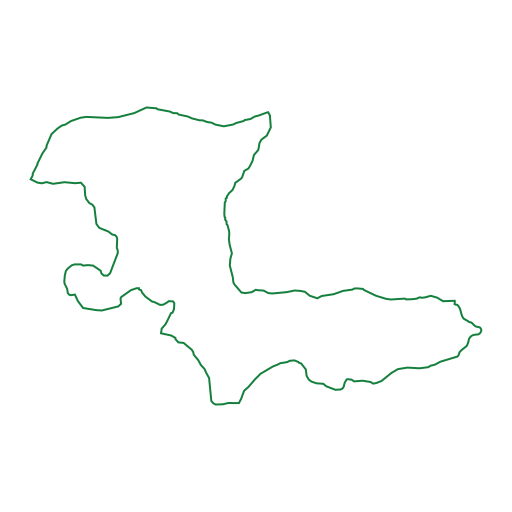 Jocotán, Chiquimula, Guatemala (orthographic projection)
{"feature_id": "79465075B84991525520377", "entity_name": "Jocotán", "entity_type": "district", "adm_level": 2, "iso_a3": "GTM", "parent_name": "Guatemala", "parent_adm1": "Chiquimula", "projection": "orthographic", "projection_center": [-89.353, 14.814], "detail": "fine", "context": "isolated", "style": "outline", "palette": "green", "viewbox_px": 512, "rotation_deg": 0, "n_neighbors": 0, "source": "geoboundaries", "source_scale": "gbopen_adm2", "svg_char_len": 3928}
<svg xmlns="http://www.w3.org/2000/svg" viewBox="0 0 512 512"><path d="M268.1,112.2L266.7,112.6L259.1,115.4L254.6,116.6L250.5,119.0L244.6,120.1L243.7,121.0L236.2,123.0L233.2,124.5L223.9,126.3L215.4,124.6L211.7,122.7L207.0,122.0L202.6,120.3L199.5,120.3L192.0,118.4L187.8,116.5L178.9,114.6L177.1,113.2L173.2,113.1L170.1,111.6L157.3,109.2L156.4,108.3L146.5,107.5L134.2,113.1L118.3,117.1L107.9,117.9L86.3,116.9L80.7,117.7L71.1,121.0L65.3,124.6L61.9,125.5L57.4,128.6L51.6,134.0L46.5,145.8L46.5,147.5L42.5,153.3L37.4,163.6L37.5,164.4L32.7,173.7L32.7,175.5L31.5,177.7L30.7,179.3L37.5,182.6L41.8,183.3L46.5,182.1L53.0,183.8L64.6,182.2L75.0,183.2L80.9,182.7L84.6,186.8L85.2,195.5L86.3,199.1L89.4,203.1L92.4,204.7L94.4,207.4L96.4,223.9L97.3,225.2L99.3,227.9L108.5,231.6L112.2,234.5L115.1,235.2L116.6,236.8L117.2,238.9L116.8,248.0L117.7,250.0L117.8,253.0L110.1,273.2L107.6,275.6L103.7,275.5L101.5,273.5L100.6,270.7L93.1,265.6L87.9,265.1L83.2,265.6L81.0,264.4L74.5,264.4L71.6,265.4L67.6,268.7L65.9,271.0L64.8,275.5L64.3,281.6L64.6,283.7L67.1,288.7L67.8,293.0L69.2,294.7L70.8,295.2L74.9,294.6L77.9,301.1L83.1,308.0L96.1,310.1L101.8,310.5L118.3,306.4L121.1,303.8L120.5,298.6L121.3,297.0L131.0,290.1L136.7,288.2L138.9,288.2L139.1,289.5L141.0,290.1L142.2,292.7L145.4,296.6L152.3,301.7L154.0,301.9L160.1,304.9L163.1,304.7L166.1,303.1L169.0,301.1L173.2,301.5L174.3,303.3L174.0,309.1L172.6,312.6L171.0,313.2L166.8,321.9L165.4,324.4L161.7,328.6L161.0,333.3L171.2,335.5L175.4,337.9L175.5,339.2L178.4,342.4L183.6,342.9L191.8,349.8L193.2,352.0L193.8,354.8L198.3,360.2L200.8,364.9L204.6,369.1L206.3,373.0L209.1,378.0L211.3,400.9L213.3,403.3L215.6,404.5L222.9,404.3L228.2,403.0L238.9,403.1L241.1,398.9L244.1,390.8L248.4,387.0L255.1,379.2L258.7,375.7L260.3,373.9L272.9,366.5L277.6,364.6L280.3,363.2L287.2,362.1L289.7,360.8L294.4,360.4L298.4,362.0L298.9,362.7L301.2,363.5L305.8,369.4L306.6,375.8L308.8,379.6L309.7,380.3L311.5,381.6L316.4,383.3L323.3,383.8L326.3,386.3L335.4,389.8L340.6,389.5L342.5,388.5L343.7,386.7L344.7,382.7L346.7,379.4L347.5,379.2L351.4,379.6L354.2,381.4L362.4,380.7L370.6,382.0L373.1,383.6L376.1,383.1L381.5,381.0L391.5,372.9L398.0,369.1L407.5,367.6L419.6,368.3L428.2,367.2L430.8,365.6L434.6,364.8L440.4,361.7L457.6,356.5L458.4,355.4L458.7,354.7L459.0,353.9L459.5,352.5L460.2,351.4L461.3,350.4L461.9,349.8L463.5,348.5L465.8,346.7L466.7,346.0L467.4,344.5L468.1,342.7L468.6,340.9L469.0,338.9L469.9,337.5L471.0,336.4L472.0,335.6L472.9,335.2L473.8,334.9L475.4,334.7L476.3,334.5L477.2,334.5L478.2,334.4L479.3,333.8L480.1,333.1L480.6,332.3L481.1,331.3L481.3,330.4L481.2,329.6L480.8,328.5L479.9,327.5L478.4,327.0L477.0,326.8L476.2,326.6L475.4,326.2L474.6,325.6L473.9,325.0L473.2,324.3L472.2,323.2L471.0,322.4L469.3,322.1L468.4,321.5L467.6,320.9L465.6,319.8L463.9,318.8L463.0,317.8L462.2,316.2L461.6,314.6L461.0,312.5L460.6,310.9L460.1,309.1L459.7,308.2L459.3,307.5L458.2,305.8L457.4,305.0L456.6,304.7L455.9,304.7L454.6,304.2L454.7,303.0L454.8,301.6L454.7,300.8L443.0,301.2L437.3,297.7L430.8,295.8L425.0,297.4L421.6,297.8L420.1,297.3L418.0,297.9L416.9,298.6L412.2,299.2L406.2,299.4L405.0,298.6L390.7,299.5L386.0,298.8L376.1,295.8L364.2,290.1L362.9,288.9L357.3,288.4L354.3,288.5L352.4,289.6L343.0,290.9L333.7,294.2L321.7,296.0L317.3,298.3L309.7,295.7L304.9,291.8L300.3,290.9L294.7,290.5L286.3,292.2L272.0,293.5L268.1,293.0L263.7,290.6L257.8,290.2L255.7,289.8L251.7,292.2L245.2,293.1L241.4,292.5L234.4,284.4L233.4,282.5L232.8,277.3L229.8,265.5L230.4,258.5L231.9,253.4L229.9,245.7L229.5,243.9L228.9,239.2L229.3,233.9L229.0,230.7L227.5,225.1L226.6,224.2L226.5,221.5L225.1,219.5L225.3,217.7L224.6,217.0L224.3,213.9L224.8,202.5L225.7,201.1L225.7,198.5L226.8,197.9L226.8,196.6L228.9,193.3L232.4,190.1L234.3,186.4L235.3,182.8L241.0,178.7L242.1,177.3L244.3,170.9L248.3,168.6L249.7,166.5L252.5,161.0L253.9,155.1L258.3,149.9L259.5,143.1L261.3,139.7L266.8,135.6L270.8,127.4L269.9,115.4L268.1,112.2Z" fill="none" stroke="#15803d" stroke-width="2"/></svg>